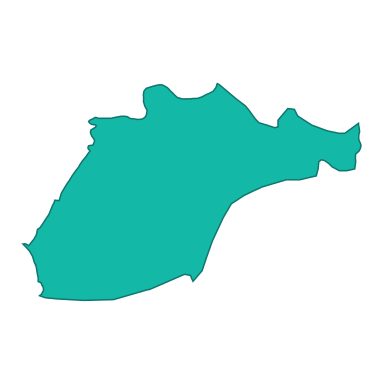 Bani Hushaysh, Sana'a, Yemen
{"feature_id": "15242507B83283859623898", "entity_name": "Bani Hushaysh", "entity_type": "district", "adm_level": 2, "iso_a3": "YEM", "parent_name": "Yemen", "parent_adm1": "Sana'a", "projection": "mercator", "projection_center": [44.331, 15.453], "detail": "fine", "context": "isolated", "style": "filled", "palette": "teal", "viewbox_px": 384, "rotation_deg": 0, "n_neighbors": 0, "source": "geoboundaries", "source_scale": "gbopen_adm2", "svg_char_len": 5642}
<svg xmlns="http://www.w3.org/2000/svg" viewBox="0 0 384 384"><path d="M39.5,295.7L45.6,297.8L52.4,298.4L55.9,298.8L71.4,299.7L75.3,299.9L83.6,300.4L113.5,299.6L128.4,295.3L147.3,289.8L149.1,289.6L151.8,288.5L159.7,285.1L166.8,282.0L175.5,278.2L184.5,274.3L190.4,275.4L190.7,276.0L191.5,278.1L193.0,281.3L194.6,279.5L202.1,270.7L203.9,265.3L205.3,261.2L206.6,257.2L207.9,253.6L209.8,248.2L212.3,241.1L218.6,227.6L223.1,217.9L229.0,207.8L231.3,203.8L233.8,202.2L244.1,195.4L246.9,194.1L253.7,190.8L257.3,189.2L262.0,187.0L274.6,183.2L275.1,183.1L286.2,179.8L298.5,179.8L299.6,179.8L304.8,178.6L306.3,178.2L316.3,175.9L317.5,171.1L318.1,168.8L318.8,161.8L321.3,159.8L322.7,160.1L322.9,160.1L324.5,160.5L329.0,163.7L332.2,166.9L335.2,168.5L338.7,170.4L339.2,170.7L346.9,170.7L354.8,168.9L354.8,168.5L355.7,161.7L355.4,157.4L355.6,154.1L357.1,152.8L358.9,151.2L360.4,148.4L361.0,145.4L360.2,142.8L359.2,140.8L358.7,138.5L358.7,137.0L358.9,134.2L359.6,132.1L359.4,129.4L358.6,125.2L358.5,123.3L344.8,133.3L339.0,133.3L327.5,130.9L324.4,129.8L311.8,125.1L304.0,120.1L298.0,116.2L297.7,116.0L294.4,109.4L290.6,108.9L287.8,108.6L278.0,120.2L278.0,123.6L278.0,126.9L274.7,127.7L267.7,125.4L267.3,125.2L265.1,124.6L262.3,123.7L260.4,123.2L259.0,122.8L255.7,119.4L254.3,117.6L251.5,113.7L248.9,110.2L245.7,106.2L244.5,105.2L239.2,101.2L236.1,98.8L235.0,97.9L230.7,94.3L224.0,88.6L219.3,84.7L217.3,83.6L217.0,84.1L216.7,85.1L216.5,86.1L216.1,87.0L215.7,88.0L214.7,89.2L214.1,90.0L213.5,90.9L212.7,91.5L211.5,92.2L210.6,92.6L209.3,93.3L208.4,93.7L206.9,94.3L205.6,94.9L204.4,95.6L203.6,96.0L202.7,96.5L201.7,97.0L200.4,97.4L199.4,97.7L198.4,98.1L197.4,98.4L196.2,98.4L195.2,98.5L194.4,98.5L194.1,98.5L193.0,98.5L192.0,98.6L190.9,98.8L189.9,98.8L188.7,98.9L186.6,98.9L185.6,98.9L184.6,98.9L183.7,99.0L182.5,98.9L181.4,98.7L180.5,98.4L180.3,98.3L179.6,98.1L178.6,98.0L177.7,97.6L177.1,97.3L176.9,97.1L176.4,96.7L176.1,96.4L175.2,95.6L174.4,94.8L173.8,94.2L173.7,94.1L172.9,93.2L172.0,92.3L171.8,92.2L171.2,91.7L170.3,90.8L169.5,90.0L168.8,89.0L168.7,89.0L167.9,88.2L167.0,87.5L166.0,86.8L165.2,86.4L164.3,85.9L163.3,85.4L162.4,85.0L161.5,84.8L160.5,84.8L159.5,84.8L158.2,85.0L157.1,85.2L156.1,85.4L155.0,85.7L154.0,86.0L153.0,86.2L151.6,86.7L150.4,87.0L149.2,87.5L148.3,87.7L147.4,87.9L146.5,88.3L145.7,89.0L145.0,89.8L144.9,89.9L144.4,90.5L143.9,91.5L143.7,92.6L143.5,93.7L143.4,94.7L143.4,95.8L143.6,96.8L143.6,97.9L143.6,98.9L143.6,99.8L143.5,100.8L143.5,101.4L143.5,101.7L143.8,102.8L144.0,103.2L144.1,103.6L144.1,103.8L144.4,104.7L144.7,105.7L145.1,106.7L145.7,107.7L146.1,108.6L146.7,109.4L147.0,110.3L147.0,111.4L146.7,112.7L146.6,113.8L146.3,114.9L145.8,116.1L145.1,117.0L144.2,117.8L143.2,118.5L142.3,119.0L141.3,119.2L140.4,119.3L139.2,119.4L138.2,119.4L137.2,119.4L135.9,119.2L134.8,119.0L133.7,118.8L132.8,118.8L131.7,118.6L130.7,118.6L129.6,118.2L128.8,117.6L127.9,117.0L127.0,116.6L126.0,116.5L125.0,116.3L121.3,116.3L120.3,116.4L119.3,116.6L118.4,116.8L117.2,117.0L115.8,117.2L114.4,117.6L113.4,117.8L112.3,118.0L111.4,118.3L110.5,118.3L109.5,118.3L108.4,118.3L107.4,118.3L106.3,118.3L98.3,118.3L97.4,118.0L96.5,117.6L95.6,117.4L94.7,117.6L94.4,117.8L93.6,118.4L93.2,118.6L92.7,118.9L92.1,119.1L91.8,119.3L90.9,119.7L90.0,120.1L89.2,120.8L88.6,121.5L88.8,121.8L89.2,122.5L89.9,123.2L90.7,123.7L91.4,124.2L92.5,124.5L93.6,124.7L94.5,124.7L95.6,124.9L96.2,125.7L95.8,126.7L95.2,127.4L94.4,127.9L93.4,128.5L92.6,129.0L91.5,129.6L90.8,130.2L90.6,131.3L90.5,132.2L90.6,133.3L91.0,134.2L91.4,135.2L91.8,136.1L92.4,136.9L92.9,137.7L93.6,138.5L94.1,139.4L94.5,140.3L94.4,141.4L94.1,142.3L93.7,143.3L93.3,144.2L92.9,145.2L90.9,145.3L88.6,145.8L88.2,146.5L88.0,147.6L88.2,148.8L90.0,150.9L90.0,151.0L89.4,151.8L88.7,152.8L88.0,153.6L87.4,154.5L86.6,155.9L85.8,156.8L85.6,157.0L85.0,157.8L84.3,158.6L83.8,159.3L83.1,160.1L82.1,161.4L81.6,162.2L80.9,163.2L80.3,164.0L79.8,164.9L79.3,165.7L78.7,166.9L78.1,167.8L77.5,168.5L77.4,168.7L76.9,169.3L76.7,169.4L72.7,175.0L72.0,176.0L71.6,176.8L71.0,177.7L70.5,178.5L69.9,179.4L69.5,180.3L68.6,181.5L68.0,182.3L67.4,183.2L66.7,184.3L66.2,185.1L65.6,186.0L64.8,187.3L64.3,188.2L64.3,188.3L63.5,189.6L63.0,190.4L62.4,191.4L61.9,192.3L61.2,193.7L60.9,194.6L60.9,194.8L60.6,195.6L60.4,196.5L60.1,197.5L59.8,198.5L59.4,199.8L59.2,200.6L58.4,200.5L55.8,200.3L54.8,200.2L54.4,201.5L54.0,202.9L53.9,203.0L53.6,203.7L53.4,204.0L52.8,205.0L52.6,205.4L52.4,205.8L51.9,207.0L51.6,207.8L50.7,210.0L50.4,210.7L50.4,210.9L49.9,211.9L49.3,213.4L49.0,214.1L48.5,215.0L48.1,215.7L47.4,216.6L47.3,216.8L47.1,217.1L46.3,218.3L45.7,219.2L45.2,220.0L44.8,220.5L44.1,221.7L43.6,222.4L43.0,223.3L42.5,224.1L42.4,224.3L41.9,225.0L41.6,225.4L40.6,226.9L40.3,227.4L40.2,227.5L39.7,227.9L39.6,228.0L38.8,228.5L38.6,228.7L38.0,229.1L37.9,229.1L37.5,229.6L37.3,230.1L37.1,231.1L37.1,231.4L37.0,231.7L37.0,232.3L36.9,232.7L36.7,233.3L36.4,234.5L36.2,235.0L36.1,235.3L36.0,235.5L35.7,236.2L35.5,236.5L34.6,237.9L34.5,238.2L34.1,238.8L34.0,239.1L33.9,239.2L32.6,240.8L32.2,241.3L31.8,241.9L31.7,241.9L30.6,243.3L29.9,244.2L29.1,245.1L28.6,245.7L28.2,245.4L27.7,245.1L27.1,244.7L26.7,244.4L26.3,244.2L26.0,244.1L25.9,244.1L25.0,243.8L24.5,243.8L24.3,243.8L23.4,244.1L23.0,244.1L23.2,244.3L25.9,247.0L29.6,251.2L32.6,256.5L34.4,262.6L34.5,262.9L35.1,263.7L35.2,263.8L35.3,264.1L35.5,265.1L35.9,265.0L37.7,275.8L37.7,276.0L38.1,276.9L38.2,277.3L38.2,277.7L38.2,278.0L38.2,278.8L38.1,281.5L38.7,281.9L39.4,282.0L39.7,282.2L40.4,282.3L40.5,282.7L41.1,282.7L41.2,282.8L41.8,285.0L42.0,285.3L42.4,285.9L42.7,285.9L43.0,286.9L43.4,288.0L43.4,290.7L43.2,291.0L41.2,294.6L40.2,295.1L39.5,295.7Z" fill="#14b8a6" stroke="#0f766e" stroke-width="1.5"/></svg>